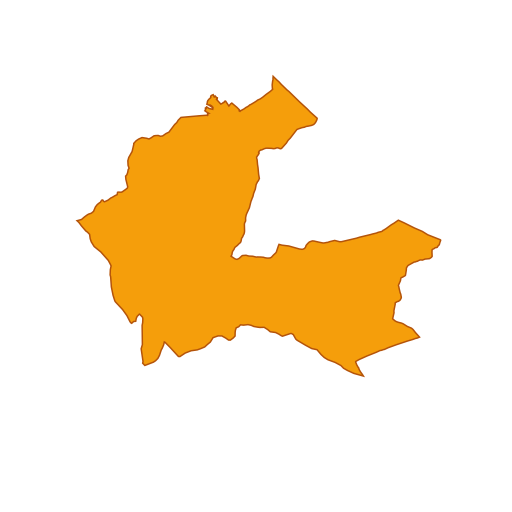 Sistarovat, Arad, Romania, rotated 232°
{"feature_id": "2599482B58875225116785", "entity_name": "Sistarovat", "entity_type": "district", "adm_level": 2, "iso_a3": "ROU", "parent_name": "Romania", "parent_adm1": "Arad", "projection": "robinson", "projection_center": [21.746, 45.981], "detail": "fine", "context": "isolated", "style": "filled", "palette": "amber", "viewbox_px": 512, "rotation_deg": 232, "n_neighbors": 0, "source": "geoboundaries", "source_scale": "gbopen_adm2", "svg_char_len": 6150}
<svg xmlns="http://www.w3.org/2000/svg" viewBox="0 0 512 512"><g transform="rotate(232 256 256)"><path d="M400.9,298.4L411.4,282.2L410.9,278.3L409.9,275.6L409.7,272.9L407.2,263.6L407.9,260.5L408.1,256.3L409.2,254.4L411.1,253.2L412.4,251.5L413.5,249.6L413.7,246.3L414.1,243.7L416.0,242.4L419.5,239.1L420.4,235.5L420.6,232.5L420.0,229.0L419.2,228.4L414.6,222.7L412.0,216.4L410.0,213.7L406.2,211.0L403.3,210.0L402.8,208.5L400.9,206.4L399.5,204.2L399.2,202.4L396.4,200.6L389.5,197.5L388.7,196.4L388.7,194.7L388.9,190.3L389.2,189.1L391.3,186.6L391.4,186.1L389.8,184.3L390.3,182.4L390.8,178.5L391.1,177.5L391.1,173.9L391.4,172.5L392.0,170.0L392.8,169.6L394.5,169.7L395.0,168.7L394.1,166.3L394.3,165.6L394.3,163.5L394.2,162.2L393.5,159.6L391.2,155.5L391.1,152.6L392.1,149.8L392.3,148.3L392.4,144.8L392.2,141.0L394.0,136.7L391.5,137.1L387.3,137.0L380.5,137.3L378.5,137.9L375.5,138.2L371.7,136.0L368.6,134.9L363.1,134.3L354.8,136.2L343.4,136.9L339.0,136.1L337.4,135.7L334.9,132.8L330.9,129.4L329.0,128.6L320.7,123.0L313.1,119.2L307.5,117.1L306.3,117.0L295.9,117.9L288.5,117.6L281.9,116.3L280.6,116.2L279.5,116.6L279.7,119.3L278.6,121.0L280.6,123.3L281.6,125.2L282.0,128.3L281.6,128.5L277.7,128.9L276.2,128.2L273.2,125.6L271.5,123.6L256.1,111.9L253.6,108.4L242.4,102.0L241.3,100.7L238.2,101.0L235.5,109.8L235.3,112.3L235.7,115.6L237.1,118.7L240.3,123.5L241.1,125.4L242.9,128.6L244.7,130.8L243.9,131.2L237.2,132.0L224.6,133.0L223.6,134.1L223.1,140.5L221.3,146.5L218.2,151.9L217.1,155.2L215.9,159.6L216.2,163.2L216.3,167.0L218.1,171.9L216.4,176.9L214.0,179.9L210.0,181.6L206.7,182.6L205.5,184.0L205.4,187.5L205.8,190.2L208.6,192.5L210.2,194.1L211.6,196.2L210.9,198.8L211.3,201.4L209.2,203.6L206.9,207.4L204.4,209.5L201.8,210.9L198.9,213.5L197.3,215.1L194.8,218.5L190.9,219.9L187.5,220.6L183.7,224.3L180.4,225.9L177.5,226.9L176.5,227.5L173.7,235.4L173.1,236.2L171.2,237.0L166.0,236.2L164.4,236.5L155.2,240.1L148.8,242.9L144.6,246.4L138.4,246.6L134.0,247.3L130.0,248.8L123.5,252.8L117.4,255.5L113.6,255.9L109.5,257.6L103.3,260.8L95.3,266.7L97.1,266.9L100.0,267.0L102.5,267.3L103.4,267.5L104.5,268.0L104.9,267.9L108.3,268.4L110.1,269.0L110.6,269.0L111.5,269.6L110.9,273.6L108.9,281.8L106.2,291.1L105.4,294.3L105.3,295.2L104.4,296.9L103.7,299.0L103.3,299.7L102.4,303.6L99.7,311.9L95.7,323.1L93.7,328.2L92.8,331.0L92.1,332.4L91.4,334.9L97.5,334.5L101.4,334.5L103.4,334.1L107.3,331.9L112.0,330.2L113.6,329.3L116.3,327.2L117.9,326.2L119.4,325.6L122.4,325.0L126.3,329.8L127.9,330.9L132.3,336.0L133.1,336.6L133.4,337.0L133.1,339.3L132.6,340.3L132.5,341.8L132.6,342.6L133.4,344.4L134.0,345.1L136.9,346.6L138.4,347.0L142.3,348.8L143.8,349.6L144.8,349.9L145.3,350.3L147.6,354.6L149.2,356.3L149.5,356.9L149.5,357.2L149.1,358.4L148.7,361.3L148.8,361.9L152.3,365.7L154.0,367.2L154.8,369.4L154.9,370.3L153.9,376.8L153.3,377.8L152.9,379.1L152.5,379.9L152.2,381.6L151.8,383.0L150.3,384.7L149.5,387.3L147.1,391.1L147.0,392.4L147.0,393.6L147.3,394.6L150.8,397.1L152.5,398.6L152.6,399.1L152.2,400.8L152.2,402.3L151.4,403.7L151.3,404.2L151.9,405.9L152.0,406.7L152.0,407.3L153.5,409.3L154.6,411.1L155.0,411.3L155.6,411.1L167.0,404.4L173.0,402.2L180.7,398.0L190.8,393.2L196.6,390.2L196.9,384.9L197.3,381.9L197.5,375.3L197.8,372.5L198.0,371.9L197.8,371.0L198.0,370.0L199.5,366.7L199.9,365.1L201.6,361.4L202.4,359.4L207.0,349.3L208.2,346.1L214.6,332.3L215.2,331.4L215.9,330.6L219.8,327.6L221.9,323.0L222.6,320.9L223.3,319.8L224.0,318.3L224.9,316.9L227.8,314.4L232.1,310.9L233.2,309.7L233.9,307.7L234.2,306.6L234.0,304.4L233.5,302.0L232.5,300.5L232.1,299.0L232.2,298.2L232.6,296.9L232.9,296.4L234.7,294.6L243.7,288.0L248.6,283.1L251.0,281.3L250.2,279.9L246.5,274.3L246.3,273.5L246.0,270.3L245.5,267.4L245.8,265.9L246.9,264.2L247.7,263.3L249.2,261.9L250.2,261.3L252.0,259.4L254.4,256.5L254.9,255.6L257.8,253.3L260.4,250.3L262.7,248.6L264.6,245.8L264.8,245.1L264.5,241.3L265.0,239.0L266.0,238.1L267.0,237.6L271.2,236.2L271.8,237.7L273.5,239.6L274.2,240.8L274.8,242.8L275.6,244.2L275.8,244.9L275.8,247.8L276.1,249.7L276.2,252.1L277.0,253.5L278.8,255.5L279.3,257.2L280.3,259.0L280.8,260.2L282.0,261.7L282.9,262.5L288.3,266.5L289.1,267.5L290.0,269.4L292.5,271.3L294.2,273.3L295.1,274.7L298.1,280.5L302.1,285.6L303.0,287.2L303.8,288.4L304.7,290.1L306.8,292.7L309.1,296.6L312.3,300.2L313.4,302.6L313.7,303.0L313.8,304.2L314.5,305.3L314.9,306.3L318.8,308.4L324.4,312.0L327.1,313.5L331.1,316.1L332.4,316.6L333.6,317.4L334.5,320.5L335.2,321.9L335.8,321.7L336.2,322.0L336.5,322.6L336.7,323.4L336.6,325.2L336.1,325.7L335.5,328.4L334.8,330.2L334.1,331.2L331.0,334.8L330.0,335.6L329.0,337.1L328.6,338.5L328.2,339.3L327.4,340.1L326.0,340.9L325.3,341.5L325.1,342.1L325.1,342.8L326.3,349.5L327.4,352.5L327.8,355.6L330.5,366.1L330.0,367.9L328.8,371.3L327.7,373.4L327.2,375.3L326.1,377.3L324.7,380.2L324.1,382.4L324.3,384.1L324.8,385.7L325.8,387.7L326.4,388.5L326.9,389.0L335.9,387.4L340.4,386.9L350.6,385.2L365.5,383.2L367.6,382.7L375.5,381.6L379.3,381.3L381.9,380.8L387.0,380.1L385.5,378.7L384.6,378.1L383.6,376.8L380.9,374.1L378.0,372.1L377.2,371.9L377.1,371.5L376.9,368.5L377.1,363.6L377.0,358.9L377.2,355.9L377.9,353.1L377.8,352.2L378.1,349.0L378.6,345.1L378.9,344.2L378.8,342.6L378.9,341.1L379.2,339.9L379.3,337.0L379.9,333.5L379.8,332.4L380.8,332.1L381.1,332.8L381.4,332.9L384.8,332.5L391.4,331.1L391.5,329.8L390.9,327.0L396.8,327.4L397.2,326.7L397.1,326.2L396.8,325.8L396.9,325.3L396.8,324.9L397.1,324.5L397.0,323.6L397.4,321.8L403.8,321.3L403.9,321.7L403.7,322.2L405.0,323.4L404.3,322.5L407.2,322.3L406.9,321.5L407.0,321.0L409.5,321.6L410.0,319.7L409.8,318.7L409.5,318.6L409.2,318.2L408.7,317.9L408.5,315.2L408.0,313.4L407.4,312.5L406.6,311.8L405.9,310.7L404.1,311.6L404.0,312.0L403.1,312.0L402.7,312.4L403.0,312.6L402.9,313.0L401.9,313.0L401.7,312.5L401.2,312.7L400.6,313.2L400.9,313.5L399.8,313.6L399.4,313.4L399.7,313.0L400.1,312.9L399.2,312.6L398.8,312.7L398.2,312.2L399.4,311.2L401.7,309.5L402.7,309.4L403.9,308.8L403.1,307.8L403.7,307.6L403.8,307.3L402.0,305.8L401.9,305.1L400.2,305.6L397.6,306.6L398.0,305.9L398.3,305.7L397.5,305.3L397.5,305.1L397.2,304.8L396.9,305.0L396.7,304.8L396.8,304.6L396.6,304.3L397.4,303.6L400.9,298.4Z" fill="#f59e0b" stroke="#b45309" stroke-width="1.5"/></g></svg>